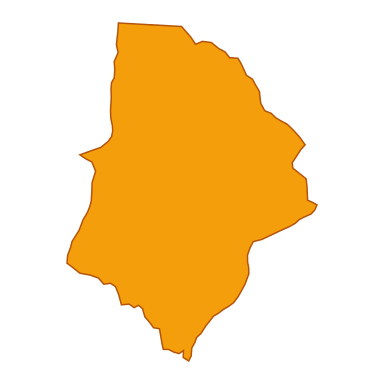 Nossa Senhora das Graças, Paraná, Brazil (Natural Earth projection)
{"feature_id": "56859067B74231100015306", "entity_name": "Nossa Senhora das Graças", "entity_type": "district", "adm_level": 2, "iso_a3": "BRA", "parent_name": "Brazil", "parent_adm1": "Paraná", "projection": "natural_earth1", "projection_center": [-51.797, -22.919], "detail": "fine", "context": "isolated", "style": "filled", "palette": "amber", "viewbox_px": 384, "rotation_deg": 0, "n_neighbors": 0, "source": "geoboundaries", "source_scale": "gbopen_adm2", "svg_char_len": 1526}
<svg xmlns="http://www.w3.org/2000/svg" viewBox="0 0 384 384"><path d="M181.5,26.5L118.4,23.0L117.9,31.2L116.4,44.6L118.1,52.6L114.2,61.6L114.8,69.8L114.2,77.9L111.5,82.8L111.0,89.6L111.3,97.6L110.5,110.4L110.8,118.1L112.4,125.8L112.7,131.2L111.5,136.7L108.0,141.6L100.8,147.4L92.1,150.4L79.9,154.8L85.4,158.6L91.9,162.0L95.6,171.3L92.1,182.6L91.8,192.5L91.2,201.3L89.6,207.0L87.4,212.5L83.1,219.7L79.2,230.1L72.0,241.6L70.6,247.3L67.6,255.5L67.0,263.2L73.0,267.7L79.8,273.2L90.2,275.1L98.5,278.1L103.8,284.2L110.5,283.3L115.5,286.6L118.7,294.6L121.4,304.8L129.1,304.1L134.1,307.6L138.6,305.3L142.5,308.6L144.9,316.9L149.7,322.4L153.5,327.7L159.5,328.8L162.1,344.1L163.3,349.4L168.4,349.4L173.8,352.1L179.0,353.6L183.5,350.6L183.2,357.5L188.7,361.0L191.2,355.9L191.8,347.9L194.7,342.8L196.6,337.5L201.0,333.4L205.9,325.8L213.8,315.9L218.0,313.6L223.0,309.7L228.4,306.5L233.6,302.7L238.1,296.7L241.1,291.4L245.0,284.2L248.8,273.9L248.7,267.9L247.6,262.1L247.5,255.2L249.8,248.4L253.3,241.6L261.7,239.5L277.5,232.0L290.2,226.2L295.4,223.2L299.1,219.7L303.4,217.4L311.3,213.8L314.6,210.2L317.0,204.9L312.1,202.2L307.6,200.2L307.0,187.0L306.1,178.8L292.9,168.2L292.2,162.8L295.7,157.5L300.9,149.5L305.1,144.8L299.6,137.1L293.9,130.8L287.4,124.4L280.8,120.8L275.8,117.8L271.1,113.3L264.7,110.7L260.7,103.2L259.4,91.4L255.5,84.9L252.5,79.2L246.5,75.4L243.3,68.3L240.8,63.0L237.8,58.2L229.6,57.7L225.1,52.0L218.5,48.4L211.3,42.5L202.4,41.4L195.6,44.3L190.7,37.0L181.5,26.5Z" fill="#f59e0b" stroke="#b45309" stroke-width="1.5"/></svg>